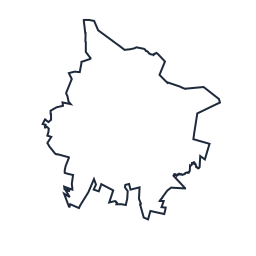 Tula, Tamaulipas, Mexico, rotated 197°
{"feature_id": "50627088B8467253226066", "entity_name": "Tula", "entity_type": "district", "adm_level": 2, "iso_a3": "MEX", "parent_name": "Mexico", "parent_adm1": "Tamaulipas", "projection": "mercator", "projection_center": [-99.933, 22.948], "detail": "fine", "context": "isolated", "style": "outline", "palette": "slate", "viewbox_px": 256, "rotation_deg": 197, "n_neighbors": 0, "source": "geoboundaries", "source_scale": "gbopen_adm2", "svg_char_len": 4156}
<svg xmlns="http://www.w3.org/2000/svg" viewBox="0 0 256 256"><g transform="rotate(197 128 128)"><path d="M190.6,188.4L184.2,183.8L184.2,183.2L185.0,182.5L191.9,177.6L191.4,175.8L190.5,167.3L195.5,166.3L200.6,163.2L196.1,158.4L197.4,143.5L197.1,143.1L196.7,142.2L195.9,141.6L195.5,141.0L195.2,140.7L192.5,135.8L189.8,134.1L198.1,133.3L197.6,132.3L197.4,132.3L197.4,132.0L197.3,131.5L196.7,130.2L202.4,126.9L207.1,121.9L206.1,118.8L205.7,118.8L204.0,113.4L205.8,110.4L208.0,111.2L208.8,111.6L209.8,112.0L210.5,108.7L210.5,108.4L210.7,106.8L210.0,106.9L209.9,106.8L207.8,107.0L207.8,105.8L207.8,104.7L207.3,104.2L206.7,104.8L206.1,105.5L203.6,104.3L202.9,100.7L202.9,97.1L198.8,97.1L200.7,90.1L197.6,87.2L194.3,85.0L189.9,82.0L188.9,82.0L187.8,82.1L187.8,82.3L176.1,82.7L175.8,82.3L176.5,73.5L176.2,69.3L176.1,68.9L175.4,66.6L171.8,66.6L166.8,67.0L165.4,58.1L163.8,54.5L163.2,52.8L169.5,53.1L171.9,53.3L170.8,50.9L165.9,51.3L165.9,50.5L169.5,50.3L163.5,44.9L169.9,46.5L162.6,37.0L161.4,35.5L160.9,35.6L161.0,38.2L151.5,37.1L151.1,40.0L147.1,55.1L145.6,69.2L142.1,64.6L142.8,59.1L137.4,58.9L137.2,63.7L137.1,65.0L137.1,66.5L123.9,64.0L124.2,51.3L119.1,54.3L117.8,54.1L117.7,53.4L116.5,53.0L116.7,51.7L112.0,53.2L107.6,53.7L108.1,60.4L109.5,66.1L109.8,67.5L113.6,70.4L113.9,72.8L110.6,74.8L107.6,69.8L99.6,74.6L96.8,63.5L93.5,59.3L94.1,58.5L86.8,47.0L82.1,46.5L82.3,55.2L80.7,55.3L79.0,55.5L78.1,55.5L74.7,55.8L73.4,55.9L69.9,56.2L69.0,56.2L68.2,56.3L68.4,60.3L68.7,62.9L72.8,62.1L72.5,68.1L72.5,68.6L76.3,67.5L76.0,68.6L75.6,69.6L75.5,69.9L74.9,71.0L74.7,71.5L74.9,71.7L74.6,72.7L74.5,72.8L72.2,79.5L70.4,82.1L69.2,83.7L67.9,83.9L55.8,86.9L55.9,87.2L70.5,95.6L70.6,96.0L70.4,96.4L70.4,96.5L70.4,96.8L70.3,97.0L70.3,97.3L70.2,97.4L70.0,97.5L69.9,97.5L69.8,97.4L69.7,97.5L69.6,97.4L69.5,97.5L69.4,97.5L69.3,97.4L69.2,97.3L69.2,97.2L68.8,96.9L68.7,96.9L68.6,97.0L68.4,97.1L68.2,97.2L67.9,97.3L67.7,97.1L67.6,97.3L67.5,97.2L67.4,97.0L67.3,97.4L67.2,97.3L66.9,97.3L66.7,97.5L66.7,97.8L66.4,98.0L66.5,98.1L66.6,98.3L66.4,98.4L66.4,98.2L66.3,98.3L66.2,98.4L66.1,98.6L66.0,98.4L65.9,98.5L65.7,98.7L65.4,98.7L65.4,98.9L65.2,98.8L64.9,98.9L64.8,99.0L64.6,98.9L64.5,99.0L64.4,99.1L64.2,99.1L63.9,99.3L63.8,99.2L63.7,99.2L63.6,99.3L63.5,99.2L63.4,99.1L63.2,99.3L62.9,99.2L62.7,99.2L62.5,99.3L62.3,99.2L62.2,99.4L61.9,99.5L61.6,99.7L61.4,99.7L61.2,99.8L61.1,100.1L60.9,100.3L60.7,100.4L60.6,100.6L60.4,100.7L60.4,100.8L60.2,100.8L60.0,101.0L59.9,101.2L59.9,101.3L59.8,101.5L59.8,101.8L59.7,101.9L59.7,102.0L59.1,102.4L58.8,102.5L58.7,102.6L58.3,102.6L58.2,102.6L57.9,102.5L57.7,102.6L57.5,102.9L57.5,103.0L57.4,103.0L57.5,103.2L57.4,103.3L57.2,103.4L56.9,103.9L56.7,103.9L56.7,104.0L56.6,104.3L56.6,104.5L56.5,104.8L56.4,105.0L57.7,110.4L57.0,110.3L56.6,110.8L56.3,111.5L56.6,112.9L56.6,113.2L56.1,113.3L55.6,113.4L55.6,113.8L55.3,114.0L55.2,114.2L55.2,114.4L55.0,114.5L54.6,114.6L53.9,113.8L53.6,113.6L53.5,113.4L53.6,113.2L53.1,113.3L53.0,113.1L52.9,112.9L52.7,112.9L52.6,112.7L52.5,112.4L52.3,112.3L52.2,112.1L52.1,111.9L52.0,111.7L51.9,111.7L51.6,111.3L51.7,111.2L51.6,110.9L51.5,110.7L51.4,110.6L51.2,110.7L50.8,110.7L50.7,110.6L50.3,110.6L50.2,110.5L50.1,110.3L50.0,110.2L49.8,110.1L49.7,110.1L49.4,109.9L48.7,110.1L48.1,111.5L50.7,122.3L45.3,120.4L45.3,121.9L45.4,129.3L45.4,136.7L62.2,136.4L63.2,142.5L66.0,162.2L48.6,178.3L48.6,178.2L47.5,179.2L49.5,182.3L67.7,189.3L83.8,182.7L84.0,182.7L84.4,182.2L87.3,182.3L88.7,182.5L89.3,182.6L90.4,182.8L100.9,183.1L102.8,183.1L103.1,183.2L103.3,182.7L105.8,183.9L113.4,188.0L112.1,202.4L120.7,207.3L122.9,208.1L124.8,205.6L125.0,206.1L125.6,205.4L127.2,205.2L128.1,205.1L128.5,205.2L128.8,205.4L129.2,205.5L129.5,205.4L129.6,205.5L129.9,205.8L130.0,205.9L130.3,206.0L130.5,206.1L130.8,206.2L131.0,206.3L131.1,206.5L131.4,206.7L131.7,206.8L131.8,206.8L132.0,206.9L132.3,207.0L132.7,207.1L133.0,207.0L133.4,206.9L133.7,207.2L133.9,207.4L134.4,207.8L134.7,208.0L135.8,208.4L143.6,207.6L145.0,206.2L149.2,203.8L151.7,202.8L154.1,201.7L158.0,203.2L185.1,212.7L191.7,220.5L197.1,219.9L201.6,218.5L201.9,218.3L196.6,206.2L196.3,206.3L194.0,198.2L193.4,197.7L190.6,188.4Z" fill="none" stroke="#1e293b" stroke-width="2"/></g></svg>